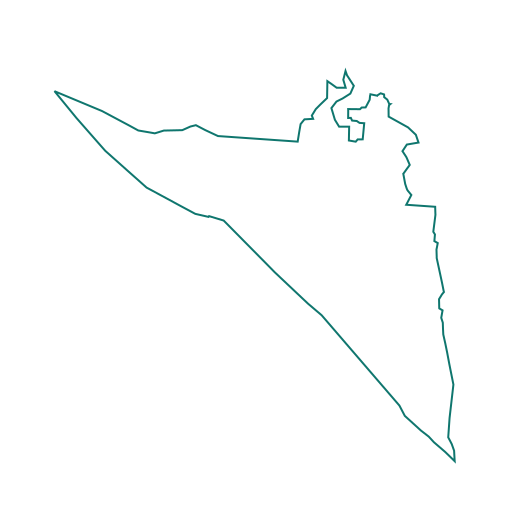 the district of Bayramaly, Mary, Turkmenistan, rotated 184°
{"feature_id": "10190150B73073283057167", "entity_name": "Bayramaly", "entity_type": "district", "adm_level": 2, "iso_a3": "TKM", "parent_name": "Turkmenistan", "parent_adm1": "Mary", "projection": "robinson", "projection_center": [62.199, 38.282], "detail": "fine", "context": "isolated", "style": "outline", "palette": "teal", "viewbox_px": 512, "rotation_deg": 184, "n_neighbors": 0, "source": "geoboundaries", "source_scale": "gbopen_adm2", "svg_char_len": 2207}
<svg xmlns="http://www.w3.org/2000/svg" viewBox="0 0 512 512"><g transform="rotate(184 256 256)"><path d="M133.0,416.9L133.3,416.8L133.6,416.8L135.7,420.7L136.0,421.2L139.2,423.4L139.4,425.5L139.5,426.1L143.0,427.0L146.4,424.5L146.4,424.4L153.1,425.3L153.1,425.2L153.4,423.7L153.5,419.8L157.0,411.9L158.5,411.7L160.9,411.5L161.1,411.3L162.4,409.8L162.5,409.7L174.2,409.0L174.3,409.0L174.1,406.6L173.7,400.1L171.0,400.4L170.1,398.7L169.6,397.8L164.9,397.7L162.0,396.0L157.3,396.0L157.7,379.8L162.7,379.4L164.5,377.0L171.4,377.7L172.1,391.5L182.1,390.8L186.8,397.4L191.1,408.8L186.5,415.7L181.4,418.7L180.7,419.1L173.2,424.6L170.3,432.6L177.8,442.6L179.6,446.8L181.2,437.9L178.3,430.1L187.3,429.5L192.6,432.8L197.0,435.4L196.1,418.5L202.2,411.8L206.6,406.7L210.1,400.0L208.6,396.8L217.2,395.7L220.7,390.7L221.5,383.1L222.4,373.0L236.9,373.0L258.8,373.0L281.7,373.0L302.3,373.0L315.5,378.1L325.1,382.3L330.4,380.6L338.3,376.4L356.7,374.7L365.5,371.3L370.1,371.8L382.2,373.0L391.1,377.1L419.8,389.9L467.2,405.9L468.5,406.4L467.6,405.4L444.7,381.1L422.2,358.8L422.0,358.6L413.7,350.4L391.3,333.1L391.2,333.0L383.0,326.7L369.9,316.6L365.0,314.4L334.4,300.5L319.5,293.8L306.1,291.7L305.6,292.5L290.7,289.1L244.2,248.2L236.2,241.1L200.8,212.1L186.4,201.5L102.5,116.8L96.4,106.9L79.3,93.4L71.1,87.9L65.5,82.6L53.7,73.8L43.5,65.2L43.6,65.9L44.8,75.6L46.6,79.7L47.6,82.0L49.3,84.8L51.6,88.5L51.6,107.9L50.1,141.5L55.6,161.6L58.6,173.1L61.0,181.7L63.7,190.8L64.4,196.7L65.0,202.5L66.8,207.0L66.9,207.3L66.1,214.8L68.1,215.8L69.5,216.5L69.6,217.0L70.4,225.7L67.8,230.7L66.0,233.2L66.2,233.7L66.3,234.0L68.6,242.4L75.6,266.6L75.7,268.0L76.4,274.9L76.4,275.5L76.3,275.8L75.6,281.6L77.5,282.5L79.1,283.3L79.0,290.0L80.8,292.5L80.8,292.9L79.9,309.1L79.9,310.1L80.0,310.7L80.7,317.6L86.9,317.6L109.7,317.6L109.2,318.7L105.3,327.7L108.9,331.5L109.7,332.5L110.4,333.9L111.1,335.6L112.2,338.3L112.8,340.6L114.2,346.0L114.8,348.3L114.7,348.4L111.5,353.6L109.4,356.9L109.0,357.6L112.6,364.6L113.1,365.4L117.2,370.8L113.3,377.7L101.8,380.5L105.0,388.1L107.8,390.4L113.3,394.9L133.4,404.3L133.9,410.3L134.1,412.5L133.9,414.3L133.8,415.8L133.1,416.4L132.6,416.9L133.0,416.9Z" fill="none" stroke="#0f766e" stroke-width="2"/></g></svg>